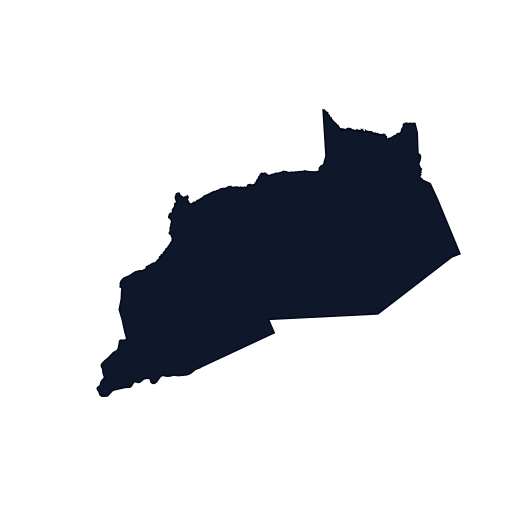 outline of Mecanhelas, Niassa, Mozambique, rotated 245°
{"feature_id": "85939544B26392807278532", "entity_name": "Mecanhelas", "entity_type": "district", "adm_level": 2, "iso_a3": "MOZ", "parent_name": "Mozambique", "parent_adm1": "Niassa", "projection": "robinson", "projection_center": [36.247, -14.939], "detail": "fine", "context": "isolated", "style": "filled", "palette": "ink", "viewbox_px": 512, "rotation_deg": 245, "n_neighbors": 0, "source": "geoboundaries", "source_scale": "gbopen_adm2", "svg_char_len": 6121}
<svg xmlns="http://www.w3.org/2000/svg" viewBox="0 0 512 512"><g transform="rotate(245 256 256)"><path d="M265.3,109.4L254.9,107.9L243.7,105.3L236.7,104.1L234.8,103.3L235.6,100.3L236.9,97.9L236.8,96.9L236.3,96.3L231.5,93.0L229.5,91.1L229.0,89.5L228.7,85.8L226.0,78.9L225.0,74.8L223.2,70.4L222.3,69.6L221.4,69.2L218.5,69.3L214.2,67.9L210.0,67.5L207.5,62.5L204.3,59.8L203.8,56.9L203.3,56.2L201.6,55.9L199.9,56.4L196.3,55.9L194.3,56.9L193.6,57.9L192.2,61.4L192.0,62.5L194.6,68.8L194.5,71.3L192.0,82.4L190.6,85.5L190.5,86.7L190.7,87.9L193.1,91.4L193.4,92.4L193.2,93.5L191.2,95.6L190.9,96.6L190.8,97.8L191.8,101.4L191.9,102.7L191.5,105.0L190.0,107.8L188.6,108.1L186.1,107.5L184.5,108.3L183.8,109.2L183.5,110.2L183.8,112.4L187.0,118.1L187.4,120.8L184.6,124.6L183.5,127.4L182.9,130.9L180.3,135.3L177.5,143.2L177.3,146.5L177.8,149.2L178.9,153.2L178.4,158.1L178.7,158.6L178.7,240.1L193.3,240.5L152.0,342.0L172.1,431.8L172.3,433.4L171.8,441.8L229.9,444.4L248.0,444.5L254.9,438.5L255.1,439.0L255.5,439.0L255.9,438.5L258.2,437.9L260.0,438.3L260.1,438.7L259.8,439.2L260.1,439.7L260.8,439.3L261.7,439.7L261.9,440.0L262.0,440.9L262.8,440.7L265.0,442.7L266.7,441.9L267.8,442.3L268.8,442.0L269.8,442.3L270.7,442.2L271.8,443.5L272.7,443.8L272.9,444.8L274.0,445.0L274.3,445.7L274.9,445.9L275.5,446.7L277.7,447.4L278.9,447.1L280.2,446.0L299.7,454.3L309.0,456.1L311.4,451.0L311.7,449.4L312.4,449.1L313.0,448.2L313.1,447.0L312.7,446.4L313.1,445.8L313.0,445.2L311.1,444.4L308.9,441.2L307.9,440.9L306.6,439.3L306.3,438.0L307.2,436.0L306.1,433.8L306.5,432.3L306.1,430.3L306.0,427.3L306.3,426.1L306.1,424.1L306.3,424.5L307.4,423.8L309.0,424.6L309.8,423.9L310.6,424.2L311.7,423.9L312.4,423.1L311.9,422.4L312.4,422.3L312.2,421.4L312.5,421.4L313.5,420.2L313.9,419.1L315.5,417.8L315.3,417.6L315.6,417.2L315.3,416.9L316.1,416.7L316.1,416.2L316.7,416.1L316.7,415.2L317.1,415.1L316.6,414.5L317.0,414.8L317.1,414.2L318.1,413.4L318.3,413.3L318.3,413.9L319.9,413.1L319.7,412.4L320.2,412.2L320.6,411.6L320.3,411.2L320.8,411.0L321.1,409.7L321.6,409.9L321.7,409.2L322.2,409.1L322.1,408.8L322.4,408.6L321.8,408.6L321.7,408.2L322.9,408.2L322.0,407.4L322.0,406.7L322.4,406.7L322.5,406.2L322.9,406.3L323.3,405.5L323.7,406.0L324.3,405.6L325.2,405.9L325.0,405.3L325.6,405.0L324.9,404.8L325.4,404.0L325.0,403.4L325.4,403.1L325.1,402.5L325.7,402.9L326.5,402.2L326.8,401.0L327.2,400.9L326.9,400.6L327.3,400.4L327.4,399.7L327.7,399.8L327.5,398.3L329.2,397.4L329.1,396.8L330.4,396.1L330.5,395.2L330.2,394.9L330.8,394.7L330.7,395.1L331.3,395.4L331.3,394.2L331.7,394.3L331.6,394.8L331.9,394.7L332.1,393.5L332.7,393.5L332.7,390.4L333.2,389.9L333.1,389.0L333.9,388.7L333.1,388.0L333.4,388.0L333.4,387.4L333.6,387.4L333.7,388.3L334.2,388.2L334.2,387.2L334.9,387.4L335.0,387.2L334.5,386.9L335.3,386.8L335.3,386.5L334.6,386.3L334.6,386.0L336.9,385.7L337.9,385.2L338.5,385.5L339.2,385.2L339.6,385.4L339.8,385.2L339.5,384.6L339.9,384.3L340.3,384.7L342.3,384.3L344.7,383.1L347.1,382.6L347.9,382.0L349.6,382.5L350.1,381.7L351.7,381.4L352.7,381.7L353.1,381.1L354.0,380.9L355.7,381.5L356.7,380.4L358.1,380.1L358.4,379.3L359.5,379.4L359.4,379.0L360.0,378.5L317.1,361.7L310.5,356.1L309.9,354.6L310.2,353.3L309.1,350.8L308.7,350.4L306.4,349.7L306.5,346.8L309.0,341.4L311.3,337.6L312.5,336.4L313.0,333.1L313.7,332.4L313.7,331.2L314.5,330.1L314.3,329.3L314.8,328.9L314.8,328.0L315.6,327.2L315.3,326.4L315.5,325.8L316.6,324.5L316.6,323.8L317.2,322.8L317.8,320.4L318.1,320.5L318.6,319.6L319.5,319.3L319.9,318.4L319.8,317.9L320.9,317.2L321.2,316.5L321.0,314.3L321.3,313.6L321.2,312.9L322.1,309.5L322.7,308.9L322.4,308.0L323.1,305.0L323.1,302.9L323.8,301.0L325.2,300.4L326.0,299.7L327.0,299.6L327.6,298.5L327.3,297.0L328.2,296.6L328.6,296.0L328.5,295.7L327.6,295.6L327.4,295.0L328.0,294.4L327.1,293.6L326.3,291.7L325.3,291.4L324.7,289.6L322.4,286.8L321.7,286.6L322.2,285.9L321.4,285.3L321.3,284.8L322.0,282.4L322.3,281.6L323.2,281.1L323.7,279.1L323.7,278.6L322.0,276.6L322.0,276.2L322.4,275.2L323.3,274.7L323.0,273.9L323.5,273.3L323.6,272.3L324.0,272.3L325.1,270.7L324.7,269.3L325.6,268.9L326.4,268.2L327.3,266.2L327.1,265.6L327.6,265.1L327.7,264.0L328.2,263.7L328.4,263.0L329.3,262.7L329.4,262.3L329.8,262.4L330.0,262.1L329.8,261.4L330.2,260.8L330.4,259.3L330.1,258.1L330.4,256.0L331.0,255.0L331.0,253.6L331.5,253.5L331.3,252.3L331.8,252.0L331.4,250.3L331.8,247.2L331.4,246.5L331.5,245.9L332.3,245.1L332.3,244.5L332.0,243.3L332.3,242.0L331.7,241.0L332.1,240.2L331.7,239.0L332.0,238.9L331.9,238.3L332.2,237.8L331.6,236.8L332.1,236.0L331.9,235.4L332.2,235.2L332.0,233.4L331.0,232.1L331.4,231.2L331.2,230.8L331.1,229.1L330.7,228.6L330.9,228.3L330.8,227.0L331.1,226.7L331.2,226.1L330.1,224.2L330.2,223.5L330.9,222.7L331.0,222.1L330.6,221.5L330.5,219.7L330.2,219.1L331.0,218.2L331.7,218.1L331.9,217.3L332.4,217.2L333.5,217.7L335.8,217.5L336.7,217.9L337.8,219.3L339.5,219.2L339.3,218.6L339.5,216.3L339.2,215.7L339.8,214.8L340.8,214.1L340.6,213.4L342.1,213.5L343.5,212.6L345.2,213.0L345.9,211.9L346.0,211.0L345.8,209.8L344.7,209.5L344.3,208.4L343.9,208.1L342.5,207.4L338.4,207.0L337.9,206.5L337.6,205.7L337.9,204.8L337.7,204.5L336.1,203.9L335.0,202.9L333.1,199.8L330.7,198.7L330.3,197.2L330.8,196.8L330.8,196.3L329.9,194.6L329.2,194.3L328.4,193.4L327.6,193.2L326.9,193.9L326.0,194.0L325.5,194.4L323.4,194.3L322.2,193.7L320.4,192.0L319.4,191.9L318.1,190.2L316.0,189.5L314.6,188.5L313.4,187.0L312.5,187.2L311.4,187.9L310.4,188.0L309.0,187.7L307.9,188.0L304.5,185.9L304.0,184.1L302.9,183.2L301.8,180.6L300.9,180.2L300.4,177.4L299.5,176.6L299.2,175.9L298.5,175.1L298.3,173.6L296.6,172.4L296.2,171.3L296.9,171.1L297.0,170.6L296.9,170.3L295.9,170.1L295.9,168.1L294.8,167.8L294.2,167.2L294.1,165.7L293.2,165.0L293.3,164.0L292.3,162.1L292.9,159.5L292.8,157.4L292.4,156.2L292.7,155.1L292.3,153.5L292.5,152.6L292.5,152.2L290.9,150.8L290.6,149.4L290.8,148.2L290.5,146.6L291.3,145.4L292.2,142.9L292.0,141.6L292.4,141.1L292.6,140.0L292.5,139.3L292.0,138.8L292.3,138.5L292.2,137.8L292.4,137.1L291.9,136.1L291.6,132.5L291.8,126.9L291.0,124.6L290.0,122.8L288.6,121.5L286.0,120.3L285.6,119.8L284.1,120.8L283.1,120.9L281.5,119.7L273.7,115.6L265.3,109.4Z" fill="#0f172a" stroke="#020617" stroke-width="1.5"/></g></svg>